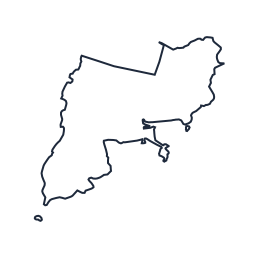 the district of Ngerkebesang, Palau, rotated 263°
{"feature_id": "81905179B69060738119315", "entity_name": "Ngerkebesang", "entity_type": "district", "adm_level": 2, "iso_a3": "PLW", "parent_name": "Palau", "parent_adm1": "", "projection": "equal_earth", "projection_center": [134.445, 7.355], "detail": "fine", "context": "isolated", "style": "outline", "palette": "slate", "viewbox_px": 256, "rotation_deg": 263, "n_neighbors": 0, "source": "geoboundaries", "source_scale": "gbopen_adm2", "svg_char_len": 5050}
<svg xmlns="http://www.w3.org/2000/svg" viewBox="0 0 256 256"><g transform="rotate(263 128 128)"><path d="M201.2,89.5L199.7,89.8L197.9,88.6L195.5,88.1L194.4,87.3L193.2,86.6L192.1,85.8L192.1,85.3L192.2,83.5L191.4,82.3L190.5,81.1L188.9,79.8L188.7,79.7L188.7,78.6L188.6,77.5L188.3,77.3L187.6,76.8L186.6,76.5L185.4,76.1L182.9,78.9L182.3,78.8L181.0,78.4L179.7,76.4L180.2,75.2L180.5,74.6L180.4,73.1L176.8,70.4L172.0,67.4L170.7,67.1L170.0,66.9L168.1,67.0L166.2,65.8L165.4,65.3L164.7,66.7L164.3,67.5L164.2,67.6L163.5,68.6L162.3,69.7L160.2,70.0L158.5,69.5L153.8,67.5L153.5,65.8L152.7,64.3L151.5,63.4L149.2,63.1L144.9,63.8L143.6,63.5L140.7,62.0L139.9,61.6L138.6,61.4L138.1,61.4L137.3,61.4L137.2,63.6L136.1,64.3L135.0,64.4L132.5,63.9L129.2,62.9L123.6,58.7L122.2,56.7L121.2,55.5L120.9,55.1L119.0,53.2L118.3,52.6L115.7,50.4L114.0,49.7L113.9,49.7L112.8,50.6L111.6,49.5L110.6,49.1L110.2,49.0L108.6,46.1L106.4,44.1L104.8,42.7L102.2,40.5L100.8,39.6L95.4,37.3L93.6,36.7L90.2,36.9L86.6,37.8L83.9,38.6L82.7,38.6L81.4,38.2L81.2,38.2L79.1,36.9L76.9,35.6L76.0,35.3L75.4,35.2L73.5,35.6L69.2,37.5L62.6,35.2L62.1,35.7L61.4,36.4L61.5,37.9L61.7,38.1L64.1,40.0L66.0,42.0L66.7,43.9L67.3,48.2L67.6,51.7L66.7,54.2L66.4,54.9L66.3,55.1L65.5,57.0L66.6,62.1L67.0,63.6L67.7,64.9L70.8,68.5L72.2,70.1L70.1,73.2L69.2,74.7L68.9,77.0L71.0,78.3L71.5,80.8L72.2,84.0L72.3,84.4L72.8,85.6L73.5,86.6L74.9,86.5L78.0,84.9L79.1,84.0L80.7,82.9L81.7,82.5L82.8,83.4L83.0,84.5L83.2,85.4L82.7,86.3L82.1,87.3L81.8,88.9L81.7,89.2L81.7,89.7L81.7,91.2L82.0,92.6L82.1,93.2L82.5,94.6L83.5,96.7L84.4,98.4L84.4,102.0L87.3,105.7L87.4,105.9L88.2,105.9L89.2,105.9L92.5,106.1L95.6,103.9L98.3,104.2L101.0,104.8L102.7,103.6L104.6,104.0L108.1,103.6L109.1,103.5L110.1,103.3L114.5,102.5L117.0,102.2L118.3,102.5L118.7,106.8L117.9,111.9L117.1,114.9L114.8,117.0L114.5,117.4L113.7,118.9L113.7,119.7L114.5,121.7L114.3,122.6L114.2,123.6L114.2,125.0L114.4,135.5L114.9,139.7L115.1,140.6L114.0,140.7L113.6,140.7L111.2,139.8L111.1,140.3L111.0,140.8L111.0,142.4L111.2,143.3L112.0,143.4L112.8,143.1L113.5,142.9L114.4,142.9L114.9,143.0L115.3,143.1L115.4,143.4L115.5,143.5L115.4,144.6L114.6,145.8L112.8,147.9L109.7,152.1L109.1,153.0L108.2,154.2L106.4,156.9L105.1,158.8L104.2,159.1L104.1,158.9L103.6,158.3L103.4,158.0L102.8,157.4L102.4,157.3L101.7,157.1L100.0,156.3L99.5,156.1L98.8,155.7L96.9,155.9L96.4,156.9L95.9,157.9L94.2,160.0L93.4,160.2L93.1,160.3L92.3,160.1L91.6,159.2L91.0,159.1L90.5,159.6L90.2,159.9L90.5,160.6L90.6,161.0L91.1,162.1L92.3,162.5L92.8,162.7L93.6,163.3L93.8,163.5L94.9,163.8L95.8,163.8L96.5,163.9L97.0,163.9L97.2,164.3L97.4,164.6L97.7,165.0L98.3,165.4L99.0,165.4L99.8,165.1L101.2,163.9L102.0,163.3L102.2,163.1L102.4,163.0L102.9,162.7L103.2,162.7L103.3,162.8L103.6,163.0L103.9,163.8L104.3,164.4L104.8,165.3L104.8,165.9L104.9,166.1L105.3,166.1L105.7,165.5L107.2,163.7L107.4,162.6L107.3,161.8L107.1,161.6L106.6,161.2L106.7,160.6L106.8,160.3L112.5,153.7L116.2,153.4L119.9,153.5L121.5,153.6L123.4,153.6L124.7,154.5L124.8,154.6L125.4,154.7L125.5,154.8L126.3,153.3L125.5,150.2L125.5,148.4L125.5,145.1L125.5,144.1L125.5,143.7L126.6,143.7L127.2,144.2L127.1,150.2L129.4,145.4L130.3,144.2L130.7,143.6L133.8,143.5L134.4,143.7L134.4,143.9L134.5,144.0L134.6,144.5L134.1,145.0L133.5,145.2L132.8,145.5L132.4,145.6L132.1,146.3L131.1,149.3L130.9,152.1L130.8,152.9L130.4,165.7L130.2,171.9L130.4,173.6L130.4,175.5L130.5,176.6L130.4,177.2L130.3,179.6L129.0,181.8L125.2,183.5L124.5,185.1L125.1,187.9L125.2,188.5L125.5,189.1L126.6,191.1L128.6,192.2L130.4,192.6L131.0,192.5L132.9,192.1L134.0,192.8L135.2,194.0L135.9,195.9L136.5,197.7L139.3,201.9L139.9,202.8L141.4,203.3L140.9,204.9L140.5,206.0L140.8,206.7L141.4,208.2L141.3,208.5L141.3,209.9L142.0,212.2L142.7,212.7L143.9,213.5L145.7,216.1L146.3,216.5L146.8,216.9L148.3,217.3L150.7,217.2L153.4,216.1L159.2,213.5L162.4,215.6L162.6,215.8L165.8,215.7L166.0,215.8L170.3,218.6L170.9,220.5L175.9,220.8L177.2,221.8L180.4,231.5L180.8,229.1L181.2,227.1L182.4,225.7L182.8,225.6L184.5,225.1L186.1,224.8L186.6,224.8L187.7,224.8L190.0,225.4L193.6,228.8L194.9,229.8L196.6,229.9L199.3,227.4L202.2,224.6L202.6,224.2L204.0,223.3L207.2,222.9L207.8,221.0L208.2,219.1L208.3,218.7L208.6,217.3L208.5,216.4L208.4,215.6L207.8,214.9L206.3,213.3L206.7,211.6L207.7,210.9L208.0,209.5L208.0,208.1L207.8,207.6L206.7,204.7L206.1,202.3L205.7,200.8L205.3,200.3L204.4,199.1L203.8,198.6L203.0,197.9L201.9,193.8L201.0,192.8L201.0,190.7L201.1,188.3L201.6,187.0L201.0,185.3L200.6,183.7L200.3,182.4L208.2,171.7L209.2,169.7L209.5,169.0L207.4,171.5L205.9,173.7L189.9,167.2L177.6,161.0L191.0,121.7L191.6,120.4L197.3,108.3L203.8,94.3L205.4,90.9L204.8,90.4L202.3,89.5L201.2,89.5ZM48.6,25.4L48.3,26.2L48.2,26.7L48.0,27.8L47.0,28.8L46.5,30.0L47.4,31.3L47.6,31.3L49.3,31.1L49.9,30.6L50.8,30.1L51.7,28.6L51.7,28.0L51.8,27.1L51.2,25.2L50.0,24.5L49.7,24.5L48.8,25.0L48.6,25.4ZM117.9,186.0L117.8,186.3L118.2,186.7L118.8,187.4L119.5,188.3L120.1,188.6L121.0,189.2L122.1,188.8L122.7,187.3L122.7,187.2L122.6,186.1L121.5,185.6L120.0,185.5L119.6,185.3L118.8,185.5L118.0,185.6L117.9,186.0Z" fill="none" stroke="#1e293b" stroke-width="2"/></g></svg>